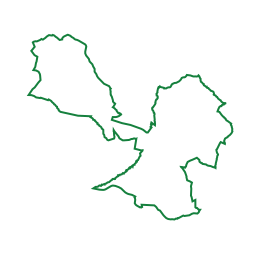 the district of Chapulco, Puebla, Mexico, rotated 276°
{"feature_id": "50627088B58837856031085", "entity_name": "Chapulco", "entity_type": "district", "adm_level": 2, "iso_a3": "MEX", "parent_name": "Mexico", "parent_adm1": "Puebla", "projection": "robinson", "projection_center": [-97.406, 18.647], "detail": "fine", "context": "isolated", "style": "outline", "palette": "green", "viewbox_px": 256, "rotation_deg": 276, "n_neighbors": 0, "source": "geoboundaries", "source_scale": "gbopen_adm2", "svg_char_len": 5915}
<svg xmlns="http://www.w3.org/2000/svg" viewBox="0 0 256 256"><g transform="rotate(276 128 128)"><path d="M203.2,24.4L199.0,26.7L194.6,23.8L190.7,27.4L189.4,30.4L184.5,30.1L183.2,29.7L179.1,29.4L175.7,27.9L175.6,30.6L174.6,33.2L172.4,34.7L171.1,35.1L166.5,36.0L163.7,34.0L158.6,31.0L156.6,29.0L150.4,25.7L150.6,28.5L150.0,31.2L148.8,33.5L148.6,37.5L149.0,38.0L147.3,45.6L148.1,46.1L147.7,47.1L146.8,48.9L145.8,49.8L144.6,51.6L143.8,52.1L143.6,52.9L142.1,54.3L141.7,55.2L140.4,55.5L139.3,57.0L138.2,57.3L137.0,59.1L135.0,76.9L135.8,89.9L134.9,89.5L134.0,91.6L133.1,92.5L132.6,92.5L132.4,94.0L131.7,94.3L131.7,94.6L130.2,96.2L129.7,97.2L128.9,97.1L128.5,97.3L128.3,98.5L127.2,99.2L126.6,100.6L125.8,101.5L124.6,102.0L124.5,102.5L123.6,103.6L119.6,104.1L118.7,105.0L116.4,105.7L115.6,107.5L114.4,108.3L114.0,108.8L113.7,109.8L113.9,110.3L116.1,115.3L117.8,115.5L119.2,115.0L122.7,114.4L123.1,114.1L124.4,114.0L123.3,114.8L118.7,119.4L116.8,120.6L115.2,124.0L115.3,125.3L116.2,130.2L116.8,131.5L117.4,132.4L117.6,133.7L118.3,135.1L118.2,136.3L117.7,136.8L118.1,137.4L108.1,136.8L107.1,143.5L107.4,144.8L107.0,144.8L104.0,142.6L101.7,143.4L100.8,142.6L97.1,141.3L96.7,140.4L95.6,140.4L95.7,139.6L94.0,139.4L93.6,139.1L93.3,138.6L92.6,138.2L92.1,138.3L92.0,137.6L91.5,136.9L90.1,136.7L90.8,136.1L89.6,135.1L89.0,134.9L88.9,134.8L89.4,134.3L89.3,134.1L88.7,134.0L88.2,134.3L87.9,134.1L87.8,133.7L88.3,133.7L88.4,133.3L87.2,132.7L86.5,132.1L86.1,131.5L86.1,130.8L85.7,130.6L85.3,131.3L84.9,131.2L83.0,128.9L82.2,128.6L82.6,127.6L81.2,126.6L80.7,124.8L80.1,124.6L80.2,123.9L80.0,123.1L79.4,123.3L79.0,123.2L78.4,122.1L77.7,121.6L76.9,120.6L75.9,120.4L75.7,119.4L75.9,118.5L75.6,117.9L74.6,117.4L73.9,116.4L72.2,114.9L71.7,113.3L70.5,112.1L70.0,110.8L69.3,110.7L69.5,109.6L68.7,108.4L68.9,107.9L67.7,107.4L67.6,106.9L68.0,106.1L67.7,105.3L66.6,104.3L66.2,103.3L66.1,102.0L64.3,99.8L63.7,106.0L63.8,109.3L64.0,110.6L64.6,112.0L68.1,116.7L68.7,117.6L69.2,119.0L69.1,121.5L68.2,125.0L67.1,127.6L63.8,131.8L63.0,133.4L62.4,135.2L61.9,139.0L60.6,142.4L59.5,141.8L59.2,142.2L57.3,142.7L53.9,142.6L52.6,143.6L51.9,144.6L50.4,148.0L50.6,148.3L50.3,149.4L50.9,150.3L53.1,149.6L53.8,162.3L52.4,164.3L49.8,166.5L49.2,168.5L44.9,172.4L43.7,173.8L42.4,175.5L41.7,177.5L41.6,180.3L41.9,181.1L41.9,183.8L43.0,185.3L42.9,186.2L43.0,186.7L43.7,187.0L43.9,188.0L46.7,192.1L46.4,193.3L47.6,198.1L49.4,200.6L50.1,202.3L50.2,206.0L51.6,207.2L52.4,207.3L54.2,208.2L54.1,206.9L55.7,205.0L55.6,204.2L56.2,203.3L63.5,202.5L61.8,199.8L65.9,198.5L67.3,197.7L74.2,197.3L76.7,196.7L80.4,197.3L81.4,195.1L82.2,192.3L85.4,191.2L85.9,191.3L90.1,189.3L93.8,186.2L94.5,185.1L94.8,184.9L94.8,186.4L94.5,188.8L95.2,188.9L95.7,189.7L97.7,189.9L100.5,190.9L102.2,193.5L103.1,195.3L105.6,199.6L103.7,202.3L102.3,202.5L101.9,202.7L101.5,203.2L101.5,203.6L101.0,204.0L100.8,205.3L100.1,205.8L99.9,209.5L99.2,210.6L98.9,211.7L98.8,214.1L97.9,217.0L98.1,217.7L97.7,218.3L97.8,218.7L97.5,219.2L98.3,219.2L99.7,218.7L100.8,219.1L102.0,219.0L106.2,219.6L106.5,219.4L107.8,219.7L109.5,219.7L110.7,220.3L111.1,220.3L112.7,219.1L114.9,218.3L115.7,218.2L116.2,218.7L122.7,221.1L123.7,221.7L122.3,226.0L123.0,226.0L124.0,225.5L124.5,225.1L125.3,225.0L127.6,225.6L129.2,227.6L129.2,227.9L130.3,228.5L131.5,229.9L133.5,231.4L135.5,232.2L136.0,231.9L138.1,231.8L140.0,231.0L140.6,231.0L142.0,229.9L143.1,230.2L145.5,226.1L145.8,225.2L147.0,224.1L147.4,224.1L148.2,223.0L148.3,222.6L149.1,222.0L149.2,221.5L150.8,219.7L153.6,217.2L153.8,215.3L156.3,215.9L158.5,216.7L159.5,217.8L159.4,218.3L159.8,218.8L160.7,219.1L161.1,219.8L161.3,220.8L161.8,221.0L162.4,222.0L162.6,222.1L163.0,223.0L162.8,220.7L163.2,219.3L164.1,218.0L165.3,217.1L165.3,216.7L166.7,214.5L168.2,213.4L168.3,212.7L169.4,211.8L169.9,210.1L170.1,209.8L170.7,210.1L172.7,209.3L173.3,208.4L173.7,206.4L174.2,206.1L175.3,204.4L176.1,203.8L176.2,202.5L176.4,202.3L177.3,202.0L177.1,201.4L178.1,199.9L178.4,199.0L179.7,198.7L179.9,197.8L180.9,197.0L181.6,195.7L183.3,195.1L184.4,195.1L185.2,194.4L186.9,193.5L187.7,192.6L186.7,192.0L186.3,190.4L186.4,189.8L186.1,188.0L186.2,187.0L186.8,184.6L186.9,181.0L186.1,180.7L184.7,179.6L184.3,178.8L184.2,177.7L183.4,176.2L181.7,175.5L179.8,174.0L178.0,171.3L177.6,169.4L176.7,168.1L176.6,167.6L175.5,166.8L175.1,166.8L173.2,165.9L172.8,165.2L172.7,164.1L172.2,162.9L171.4,161.9L171.1,159.8L171.7,159.6L172.2,156.0L172.7,155.4L172.0,155.1L172.0,154.2L171.1,153.9L170.7,154.1L170.4,153.7L169.5,153.6L167.4,153.4L166.5,153.6L164.8,152.7L163.6,153.3L163.3,153.2L163.1,153.8L162.0,154.4L161.5,154.2L160.9,154.4L159.5,153.7L159.3,153.2L158.4,152.8L156.1,152.5L155.7,152.8L154.5,152.5L151.2,150.7L151.1,150.4L150.7,150.3L150.3,149.9L148.6,150.3L147.9,151.2L146.7,151.7L146.5,151.9L145.9,152.0L145.8,152.4L145.5,152.4L144.7,153.0L143.3,152.8L139.1,153.7L138.0,153.6L137.4,154.0L134.6,154.5L133.6,154.5L135.9,150.7L134.1,150.4L133.5,151.2L131.5,150.3L131.0,151.3L125.6,148.2L125.5,146.8L127.7,143.4L128.6,141.1L131.3,130.1L132.2,121.6L134.4,111.1L137.3,111.7L137.6,114.8L138.1,116.2L138.9,117.7L140.7,119.7L141.4,119.2L141.9,117.9L141.6,117.8L141.7,116.9L143.7,115.0L144.5,114.8L145.2,113.6L146.1,112.7L147.1,110.8L147.7,111.3L150.8,112.7L151.5,111.8L151.7,111.2L152.8,110.3L154.0,110.1L157.7,108.5L158.6,107.7L159.3,107.5L159.4,107.3L162.0,106.9L162.2,107.0L164.6,106.3L164.9,106.3L165.4,106.7L165.7,106.3L167.6,104.9L169.5,99.5L174.9,93.0L176.4,91.8L178.2,90.9L180.5,88.9L183.3,88.6L185.6,86.9L187.6,85.9L190.1,82.9L192.7,81.8L195.7,78.8L197.7,77.7L199.6,77.5L204.6,78.0L205.8,77.5L206.7,76.6L209.8,69.7L210.3,68.1L210.5,66.4L210.9,65.5L211.8,64.4L212.7,62.3L213.7,61.1L213.9,60.1L214.3,59.2L214.4,58.2L212.4,54.9L211.3,53.8L210.1,53.2L209.2,53.3L208.4,50.8L210.6,47.7L211.1,46.6L212.3,44.9L212.7,43.4L212.0,42.8L212.1,39.7L210.7,37.9L208.9,36.3L207.0,34.1L207.5,32.6L206.5,31.6L204.6,28.3L204.6,26.9L203.9,25.1L203.2,24.4Z" fill="none" stroke="#15803d" stroke-width="2"/></g></svg>